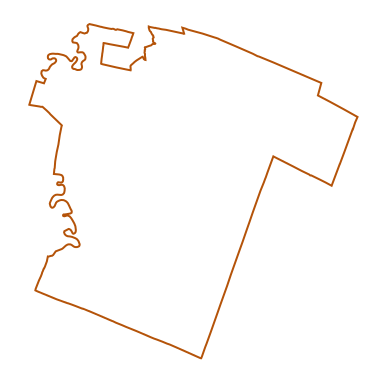 outline of Luciu, Buzau, Romania, rotated 271°
{"feature_id": "2599482B85602684300411", "entity_name": "Luciu", "entity_type": "district", "adm_level": 2, "iso_a3": "ROU", "parent_name": "Romania", "parent_adm1": "Buzau", "projection": "natural_earth1", "projection_center": [27.091, 44.965], "detail": "fine", "context": "isolated", "style": "outline", "palette": "amber", "viewbox_px": 384, "rotation_deg": 271, "n_neighbors": 0, "source": "geoboundaries", "source_scale": "gbopen_adm2", "svg_char_len": 5753}
<svg xmlns="http://www.w3.org/2000/svg" viewBox="0 0 384 384"><g transform="rotate(271 192 192)"><path d="M303.3,319.4L305.3,314.4L322.9,271.2L328.7,256.3L328.9,255.2L331.3,250.4L338.3,233.5L344.9,217.3L345.8,215.5L346.5,213.4L346.9,211.9L350.6,199.7L351.2,197.3L354.2,185.4L355.2,182.8L356.1,179.5L350.1,181.4L350.0,181.1L350.1,180.7L350.3,180.4L353.7,163.2L354.2,158.8L354.6,156.9L354.8,156.2L355.1,154.0L355.5,152.3L355.4,151.9L355.7,150.2L356.2,147.3L356.7,145.9L355.8,145.9L355.4,145.9L352.9,146.7L352.4,147.0L352.0,147.3L351.5,147.9L351.2,148.2L350.6,148.4L349.1,149.2L348.4,149.7L347.9,150.4L347.5,150.5L347.0,150.5L346.7,150.5L346.1,151.0L345.7,150.9L344.9,150.2L344.7,150.1L343.8,150.2L342.8,150.5L342.2,150.4L341.8,150.4L341.4,150.6L341.0,150.8L340.4,152.0L339.9,152.6L339.7,152.7L339.4,152.4L339.4,150.9L339.3,150.2L339.2,149.9L338.9,149.6L338.3,149.0L338.0,148.7L337.8,148.2L337.5,147.2L337.2,146.3L336.2,143.7L335.9,142.4L335.6,142.3L334.3,142.7L333.9,142.7L333.3,142.3L333.1,142.2L332.8,142.2L332.2,142.5L331.6,142.2L331.4,142.2L330.6,142.1L329.8,142.3L329.3,142.6L328.7,142.6L328.0,142.6L327.6,142.5L327.2,142.6L326.7,142.7L325.3,143.0L323.2,143.2L323.3,142.6L324.0,141.6L326.4,140.3L326.4,140.1L322.6,134.3L321.0,132.3L319.9,131.2L317.7,128.8L317.3,128.5L316.8,128.3L313.0,128.6L312.6,128.5L313.3,124.5L315.2,114.4L318.2,100.2L318.5,99.3L318.7,98.9L323.7,99.3L327.6,99.8L328.3,99.8L330.8,100.2L336.2,100.7L337.0,100.9L339.0,100.9L339.4,101.0L339.3,102.0L338.3,107.4L336.0,121.3L335.2,125.6L335.9,125.8L336.8,126.2L343.9,128.7L345.4,129.1L347.8,130.0L349.8,130.6L350.9,125.4L351.5,123.5L352.4,119.8L353.4,114.4L353.2,114.1L352.9,113.6L352.8,113.0L352.9,112.5L353.7,110.8L353.8,110.3L353.8,109.7L353.6,108.7L354.0,106.0L355.0,100.6L355.6,98.2L355.6,97.8L356.8,92.9L358.1,86.5L357.3,85.2L356.5,84.6L355.7,84.6L353.5,85.4L352.3,85.4L351.2,85.2L350.4,84.9L350.0,84.4L349.7,84.3L349.3,84.1L349.1,82.9L348.6,82.0L348.9,80.6L349.9,77.6L349.7,77.2L349.0,76.3L348.2,75.5L346.9,74.8L346.0,74.2L345.1,72.5L344.3,71.4L342.6,69.9L341.4,69.7L340.4,69.8L339.5,70.4L339.3,71.7L339.1,73.4L338.8,74.4L337.1,75.6L335.9,75.9L334.7,76.0L333.4,75.8L332.0,75.2L330.7,74.8L330.2,74.9L329.5,75.6L329.5,76.3L329.7,77.3L329.8,78.5L329.8,79.8L329.3,81.0L327.6,82.2L326.1,83.0L325.2,83.2L323.6,83.1L322.8,82.9L322.0,82.2L321.3,81.1L320.6,80.3L319.8,79.7L318.7,79.3L317.9,79.2L316.8,79.6L315.0,79.9L314.0,79.7L312.9,79.2L312.4,78.4L312.1,77.3L312.0,75.9L312.0,75.0L312.9,72.7L313.0,72.2L313.0,71.4L313.6,70.4L315.0,69.9L316.4,70.4L317.3,71.1L318.4,72.1L319.1,72.9L319.8,73.5L321.2,74.4L322.3,74.9L322.8,74.9L323.3,74.9L324.1,74.5L324.5,74.1L324.9,73.0L324.4,72.1L320.9,69.7L320.7,69.1L320.9,68.1L321.0,67.9L324.3,65.0L325.4,63.9L326.3,62.0L326.7,60.8L327.3,57.9L327.6,56.5L327.8,55.2L327.7,53.6L327.9,50.6L327.8,49.5L327.4,47.5L326.6,46.2L325.6,45.6L324.5,45.5L323.2,45.7L322.5,46.3L322.1,46.9L322.0,48.1L322.2,48.9L323.1,50.1L323.3,51.7L323.2,52.5L322.4,53.5L322.1,53.6L321.4,53.9L320.4,53.8L319.3,53.1L318.5,52.3L317.9,51.3L317.3,50.1L316.3,49.1L315.1,48.1L314.0,47.4L312.8,47.0L312.0,46.3L311.2,45.4L310.8,43.8L311.1,42.0L311.2,40.9L310.2,39.6L308.3,39.3L307.7,39.3L305.8,40.0L303.8,41.3L303.1,42.3L302.5,43.8L298.1,42.1L300.2,34.5L276.4,27.8L276.1,28.9L274.8,38.2L274.5,39.5L274.6,41.0L270.9,45.3L268.4,48.0L267.2,49.0L256.3,60.7L254.8,60.3L246.6,58.8L237.1,57.6L229.7,56.1L222.4,55.0L220.3,54.7L213.5,54.3L212.6,54.0L211.3,53.9L207.6,53.6L207.2,58.9L207.0,59.8L206.6,61.3L205.7,62.2L204.3,62.9L202.1,63.0L200.4,62.7L199.6,62.1L199.2,61.2L199.2,59.6L199.4,58.6L199.4,57.9L198.4,57.1L197.3,57.1L196.8,57.5L196.5,58.8L196.6,59.6L196.9,60.9L196.9,62.3L196.6,63.0L196.0,63.7L194.8,64.3L193.4,64.7L191.2,64.6L189.9,64.4L188.7,64.1L187.3,62.9L186.8,61.7L186.8,60.2L187.0,57.4L186.8,55.9L186.1,54.5L185.4,53.7L184.0,52.5L183.3,52.1L179.4,50.4L178.0,50.0L177.4,50.1L175.1,50.8L174.2,51.6L173.8,52.4L174.2,53.7L175.5,54.9L178.9,56.3L179.8,57.0L180.7,58.5L181.4,60.1L181.7,61.5L181.7,63.2L181.5,64.1L180.7,65.9L180.0,66.8L178.9,67.9L177.3,68.8L175.7,69.6L173.6,70.6L172.4,71.2L171.5,71.8L170.6,72.1L169.2,72.0L168.5,71.0L168.2,69.9L167.9,68.3L167.6,66.9L167.3,64.8L167.3,64.0L166.9,63.6L166.2,63.5L165.7,63.8L165.5,64.8L165.8,65.9L166.4,67.5L166.1,68.8L165.4,70.2L163.7,71.7L161.0,73.4L158.4,74.9L157.4,75.3L155.7,76.0L152.2,76.5L151.0,76.5L150.0,76.3L149.1,75.8L148.4,74.8L148.2,74.0L148.6,73.4L151.1,72.0L152.1,71.2L152.8,69.9L152.9,69.3L150.6,65.1L149.4,64.8L147.6,65.5L146.7,66.4L146.1,67.2L145.6,68.5L145.4,70.9L145.0,72.9L143.8,76.1L143.0,77.5L142.4,78.2L140.8,79.4L138.8,80.2L138.1,80.5L137.4,80.6L136.4,80.4L135.8,80.0L135.3,79.1L134.9,77.9L134.9,76.1L135.1,75.5L135.5,74.6L137.0,72.5L137.5,71.3L137.5,69.6L137.2,68.4L136.2,66.8L133.3,63.7L132.7,62.8L130.3,56.8L126.6,54.3L125.8,53.2L125.7,52.2L124.9,49.6L125.0,49.0L120.1,48.1L116.4,46.8L114.9,46.3L112.9,45.4L112.9,45.2L111.8,44.7L110.9,44.5L108.9,43.6L107.9,43.4L105.1,42.4L100.8,40.5L92.5,37.4L91.5,37.2L90.9,37.1L89.9,39.3L82.4,58.4L78.6,69.6L78.6,69.9L77.3,73.8L75.8,78.0L73.4,84.5L73.5,84.8L70.2,93.4L61.7,114.2L61.4,115.2L60.0,118.2L57.6,124.5L55.9,128.6L51.9,139.1L46.1,153.2L44.7,156.8L43.9,159.3L41.8,165.1L40.0,169.6L39.1,172.4L36.4,178.9L26.3,202.7L25.9,203.8L25.9,204.1L28.0,204.9L37.1,207.9L40.6,209.2L52.3,213.2L70.9,219.4L80.3,222.5L99.2,228.9L110.0,232.3L134.7,240.6L142.9,243.4L155.5,247.5L163.0,250.0L172.6,253.1L194.6,260.5L202.9,263.7L206.7,265.0L207.6,265.4L213.1,267.2L229.0,272.7L219.3,292.7L215.0,301.3L211.5,308.9L210.6,310.0L210.7,310.9L206.6,319.7L203.8,325.5L200.7,331.5L207.5,333.9L222.4,339.2L222.4,339.3L235.1,343.8L253.7,350.2L257.7,351.6L257.6,351.8L264.4,353.9L269.9,356.2L277.2,342.6L284.6,328.4L290.7,316.2L303.3,319.4Z" fill="none" stroke="#b45309" stroke-width="2"/></g></svg>